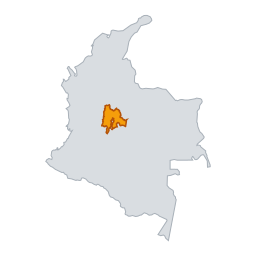 Cundinamarca highlighted on a map of Colombia
{"feature_id": "COL-1398", "entity_name": "Cundinamarca", "entity_type": "Department", "adm_level": 1, "iso_a3": "COL", "parent_name": "Colombia", "parent_adm1": "", "projection": "orthographic", "projection_center": [-74.139, 4.765], "detail": "fine", "context": "in_parent", "style": "filled", "palette": "amber", "viewbox_px": 256, "rotation_deg": 0, "n_neighbors": 0, "source": "natural_earth", "source_scale": "10m", "svg_char_len": 7816}
<svg xmlns="http://www.w3.org/2000/svg" viewBox="0 0 256 256"><path d="M149.4,23.0L146.5,24.2L140.9,25.7L137.1,32.0L134.5,33.2L131.3,36.9L128.9,41.6L127.1,51.1L122.3,59.1L122.7,59.5L124.6,59.1L126.4,58.2L127.1,58.5L127.8,59.9L130.0,60.3L131.7,66.8L135.1,70.1L135.4,71.4L135.9,74.1L134.7,75.7L134.4,81.7L135.4,83.2L138.0,83.8L139.6,87.5L140.7,88.4L142.2,88.9L145.9,88.3L152.5,88.9L154.0,88.8L157.7,87.5L162.5,89.1L165.9,89.3L175.5,100.5L176.4,100.2L177.6,100.8L180.0,99.7L182.0,99.5L184.7,100.0L188.3,100.0L195.4,98.7L196.5,98.1L200.4,98.7L201.6,99.5L202.2,101.6L201.7,102.9L200.4,104.3L199.6,105.9L199.5,108.0L198.8,109.5L197.6,110.5L197.1,111.9L197.4,113.8L196.8,122.3L197.4,123.0L197.8,126.5L199.5,131.0L200.3,132.3L201.7,133.3L204.2,137.0L203.7,138.3L197.2,144.2L196.9,145.5L198.2,145.0L200.2,145.5L200.8,146.9L205.7,150.9L205.6,152.5L207.0,155.5L206.8,156.2L210.1,164.9L210.2,166.7L207.5,167.2L207.3,161.4L206.9,160.2L203.8,155.1L203.1,154.6L201.0,155.3L197.6,159.1L195.9,159.7L194.6,159.2L193.3,156.9L192.5,156.5L191.6,158.4L192.7,160.1L177.3,160.2L174.2,159.5L170.1,160.4L170.1,169.2L177.4,169.3L179.4,171.8L179.2,173.9L179.5,174.6L177.8,175.0L175.2,173.7L170.7,175.4L167.4,175.8L167.1,185.5L169.1,187.9L173.0,190.4L173.6,192.2L173.3,193.9L174.3,195.9L175.5,197.0L175.5,198.3L176.2,199.7L168.4,240.6L165.7,238.2L164.7,235.9L163.4,235.0L160.8,235.7L158.0,234.6L167.0,220.7L166.7,219.5L159.3,216.1L158.5,215.2L154.9,213.4L153.0,214.0L151.8,214.9L149.1,215.2L146.9,213.7L144.3,212.8L141.2,215.1L140.2,215.1L138.0,216.1L135.6,216.5L132.5,215.5L130.0,216.2L128.2,216.1L127.5,215.3L125.3,214.5L125.1,213.6L125.7,211.8L124.7,208.5L124.4,207.9L122.7,207.8L120.7,206.6L120.3,205.9L120.7,204.5L120.3,203.3L118.4,200.6L115.7,199.9L113.1,197.7L110.5,196.9L109.3,195.3L108.2,191.6L105.5,188.8L103.6,187.8L103.0,186.5L101.0,186.3L98.4,184.4L97.2,184.3L96.4,185.2L94.0,184.3L91.9,182.9L89.7,182.5L88.3,181.7L85.8,179.0L83.0,177.8L81.5,178.2L80.9,180.2L80.0,180.5L76.8,180.0L76.3,180.4L75.5,180.3L71.6,178.9L67.8,178.3L66.8,175.0L64.4,173.8L63.6,172.3L61.9,172.5L55.4,169.4L52.7,167.3L50.4,166.2L48.0,163.8L47.6,162.9L45.8,161.5L46.7,159.8L48.9,158.5L51.8,159.5L52.2,157.5L51.1,155.7L51.7,151.6L52.4,150.7L54.0,149.9L55.0,150.3L55.7,149.6L58.0,149.9L58.8,149.6L60.6,148.0L61.4,146.7L62.2,146.8L64.1,144.6L63.8,142.4L65.6,142.0L67.6,138.4L68.4,138.3L68.8,136.6L72.2,130.6L71.0,131.3L69.7,130.9L69.9,128.9L69.5,128.7L68.4,130.2L67.5,128.6L67.7,126.1L66.2,126.5L66.3,126.0L68.5,124.0L69.4,119.7L68.7,118.1L68.3,111.5L67.9,110.2L66.1,108.6L69.0,106.7L70.0,105.3L68.7,102.4L67.1,99.9L67.0,98.4L68.0,98.6L68.4,94.5L67.5,92.9L66.3,92.9L62.7,86.9L61.4,85.6L62.4,82.7L63.5,81.4L63.3,79.2L64.0,79.3L65.6,81.4L66.3,81.1L68.8,79.2L68.9,77.4L70.9,75.6L68.1,69.4L67.2,68.4L68.3,66.5L69.0,66.6L70.1,68.5L71.8,69.8L74.4,73.2L75.5,74.0L74.7,74.8L74.5,75.6L74.9,76.0L76.4,76.1L77.0,75.2L76.6,71.0L76.0,68.9L74.7,67.4L75.1,66.8L77.8,65.8L83.3,61.8L85.2,58.1L86.7,56.8L88.3,55.9L90.3,56.1L91.9,55.6L92.4,54.4L91.4,51.9L92.5,48.3L92.5,46.5L93.3,45.4L93.0,45.0L91.0,46.3L93.1,43.8L94.5,40.0L102.6,33.2L107.8,34.9L109.4,34.8L107.3,35.6L106.9,36.6L107.7,37.6L108.5,37.9L109.1,37.2L110.9,33.3L111.1,31.1L111.9,30.4L113.0,30.1L118.1,31.1L123.0,30.7L130.8,25.1L136.7,22.7L138.2,20.4L138.5,18.7L139.6,18.0L140.7,18.0L141.4,17.0L144.1,15.5L147.0,15.4L150.1,16.7L151.5,18.9L151.8,20.5L149.4,23.0ZM58.1,149.2L57.8,149.5L57.1,148.9L56.8,148.3L57.3,147.7L57.8,147.9L58.1,149.2Z" fill="#d9dde1" stroke="#a8b0b8" stroke-width="1"/><path d="M107.2,133.6L106.7,133.2L106.2,132.6L106.4,131.6L106.7,131.0L106.9,130.6L106.9,130.4L106.9,130.2L106.6,129.8L106.8,129.2L106.7,129.0L106.7,128.8L106.8,128.7L107.1,128.3L107.1,128.2L107.3,128.0L107.3,127.7L107.3,127.4L107.2,127.2L107.1,126.9L106.8,126.3L106.5,126.1L106.4,126.0L106.3,125.9L106.2,125.8L105.6,126.0L105.4,126.1L105.4,126.3L105.2,126.5L104.9,126.7L104.7,126.7L104.4,126.6L103.9,126.2L103.7,126.3L103.6,126.1L103.3,125.9L103.2,125.7L102.9,125.8L102.6,125.8L102.2,125.9L101.9,125.9L101.8,125.7L101.8,125.3L102.8,123.2L102.9,122.7L103.0,122.1L102.8,121.6L103.0,121.5L102.9,121.4L102.9,121.1L103.1,120.8L103.1,120.7L102.9,120.5L102.9,120.4L102.9,120.2L102.7,119.9L102.6,119.7L102.9,119.5L103.1,119.4L103.3,119.2L103.5,118.9L103.5,118.7L103.4,118.0L103.4,117.8L103.5,117.7L103.6,117.4L103.7,117.2L103.5,116.6L103.6,116.4L103.9,116.2L104.0,116.2L103.8,115.8L103.7,115.6L103.7,115.3L103.9,114.5L103.8,112.3L103.7,112.0L103.7,111.9L103.8,111.8L104.0,111.6L104.1,111.2L104.4,110.8L104.5,110.4L104.7,110.2L104.7,109.9L104.9,109.8L104.8,109.5L104.8,109.3L104.8,109.0L104.9,108.8L104.7,108.8L104.7,108.7L104.9,108.5L105.1,108.4L105.1,108.2L104.9,108.2L105.2,107.6L105.2,107.2L105.1,106.9L105.2,106.6L105.3,106.5L105.3,106.4L105.2,106.4L105.1,106.2L105.1,105.8L105.3,105.7L106.1,105.5L106.4,105.4L106.5,105.3L106.6,105.2L106.9,105.3L107.1,105.4L107.3,105.4L107.9,105.6L108.2,105.5L108.4,105.4L108.5,105.2L109.0,104.9L109.3,104.8L109.4,105.0L109.5,105.1L109.6,105.3L109.6,105.5L109.8,105.8L109.8,106.0L109.8,106.3L109.8,106.5L109.9,106.9L109.8,107.0L109.6,107.3L109.6,107.5L109.8,108.0L110.4,108.6L110.5,108.9L110.5,109.0L110.4,109.2L110.5,109.3L111.0,109.4L111.5,109.6L111.7,109.8L111.8,109.8L112.5,109.8L112.5,110.1L112.6,110.3L112.8,110.4L113.0,110.5L113.8,110.9L114.7,110.1L115.1,110.0L115.2,109.7L115.2,109.4L116.0,108.7L116.3,108.4L116.5,108.3L116.7,109.1L117.4,109.4L117.7,109.4L118.0,109.6L118.3,109.7L118.5,109.7L118.5,109.8L118.7,110.1L119.2,110.6L119.4,110.7L119.4,110.8L119.5,111.0L119.4,111.2L119.3,111.3L119.3,111.5L119.5,111.8L119.8,112.1L120.0,112.3L120.3,112.8L120.3,113.1L120.4,113.5L120.7,114.0L120.7,114.4L120.7,114.7L120.9,115.1L120.9,115.3L120.4,115.6L120.4,116.1L120.0,116.9L120.0,117.1L120.3,117.5L121.4,117.5L121.8,117.6L122.1,118.0L122.3,118.3L122.4,118.6L122.9,118.9L123.2,119.4L123.3,119.5L123.5,119.7L123.8,119.6L124.0,119.6L124.3,119.7L124.3,120.1L124.4,120.3L124.7,120.4L125.3,120.6L125.8,120.5L126.0,120.4L126.2,120.2L126.3,119.9L126.3,119.7L126.7,119.6L126.5,119.8L126.1,123.0L125.6,126.0L125.6,126.3L125.4,126.5L125.2,126.4L124.9,126.1L124.7,126.0L124.6,125.8L124.4,125.7L124.1,125.6L122.4,125.2L121.6,125.3L121.2,125.5L120.8,125.7L120.6,125.6L120.4,125.6L120.2,125.5L120.1,125.4L119.9,125.2L119.6,124.4L119.5,124.0L119.5,123.8L119.5,123.7L119.3,123.4L119.1,123.3L119.0,123.0L118.8,122.9L118.7,122.9L118.4,122.8L118.3,122.7L118.2,122.6L117.9,122.5L117.6,122.6L117.4,123.0L117.1,123.3L116.7,123.4L116.6,123.5L116.4,123.8L116.4,124.1L116.6,124.3L116.7,125.0L116.7,125.3L116.7,125.6L116.9,125.8L117.0,126.0L117.1,126.4L117.2,126.8L116.8,126.8L116.7,126.8L116.4,126.8L116.2,126.9L116.1,127.0L115.2,127.4L114.9,127.5L114.6,127.6L114.5,127.9L114.4,128.0L114.2,128.1L113.8,128.1L113.5,128.3L113.3,128.5L112.8,128.8L112.2,129.5L111.8,129.4L112.0,128.8L112.0,128.4L112.1,128.2L112.3,128.1L112.4,127.9L112.6,127.8L112.6,127.6L112.4,127.3L112.3,127.1L112.0,126.7L111.8,126.2L111.8,125.8L112.4,124.9L112.5,124.5L112.4,124.4L112.3,124.1L112.3,123.7L112.4,123.4L112.6,123.2L112.8,122.9L113.0,122.7L113.4,122.0L113.5,122.0L113.7,121.9L113.9,121.0L113.7,121.0L113.5,120.8L113.4,120.7L113.5,120.5L113.6,120.4L113.6,120.2L113.6,119.1L113.6,118.8L113.7,118.5L113.3,118.3L113.1,118.3L112.9,118.3L112.7,118.2L112.7,118.3L112.7,118.5L112.4,118.8L112.1,119.6L111.8,119.7L111.7,119.9L111.5,120.1L111.5,120.3L111.6,120.5L111.2,120.7L110.8,121.0L111.0,121.3L111.2,121.5L111.3,121.6L111.4,122.2L111.4,122.8L110.9,124.1L111.2,124.1L111.3,124.2L111.2,124.4L111.1,124.9L111.0,125.6L111.0,125.9L110.9,126.1L110.9,126.3L110.7,126.6L110.5,126.9L110.5,127.5L110.3,128.1L110.2,128.2L109.8,128.1L109.7,128.0L109.4,127.8L109.2,128.0L108.8,129.1L108.8,129.4L108.8,129.5L108.9,130.0L109.0,130.1L109.0,130.3L108.9,130.5L108.8,130.8L108.5,131.6L108.1,132.2L107.2,133.6Z" fill="#f59e0b" stroke="#b45309" stroke-width="1.5"/></svg>